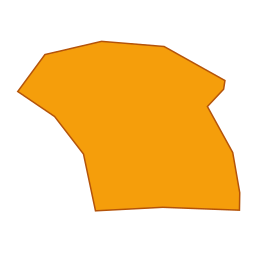 the border of Saint Patrick, rotated 357°
{"feature_id": "GRD-5075", "entity_name": "Saint Patrick", "entity_type": "Parish", "adm_level": 1, "iso_a3": "GRD", "parent_name": "Grenada", "parent_adm1": "", "projection": "albers", "projection_center": [-61.638, 12.208], "detail": "fine", "context": "isolated", "style": "filled", "palette": "amber", "viewbox_px": 256, "rotation_deg": 357, "n_neighbors": 0, "source": "natural_earth", "source_scale": "10m", "svg_char_len": 338}
<svg xmlns="http://www.w3.org/2000/svg" viewBox="0 0 256 256"><g transform="rotate(357 128 128)"><path d="M19.8,85.8L48.9,50.3L106.1,40.1L168.3,48.5L227.3,85.7L225.5,94.3L208.4,110.7L231.3,158.0L236.2,198.5L235.0,215.9L158.5,209.0L91.2,209.0L82.2,151.7L55.3,112.7L19.8,85.8Z" fill="#f59e0b" stroke="#b45309" stroke-width="1.5"/></g></svg>